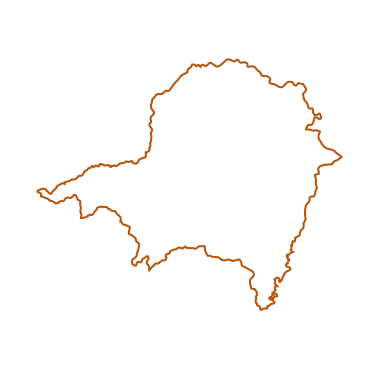 Presidente Olegário, Minas Gerais, Brazil (Albers equal-area conic projection), rotated 262°
{"feature_id": "56859067B97776867728690", "entity_name": "Presidente Olegário", "entity_type": "district", "adm_level": 2, "iso_a3": "BRA", "parent_name": "Brazil", "parent_adm1": "Minas Gerais", "projection": "albers", "projection_center": [-46.371, -18.162], "detail": "fine", "context": "isolated", "style": "outline", "palette": "amber", "viewbox_px": 384, "rotation_deg": 262, "n_neighbors": 0, "source": "geoboundaries", "source_scale": "gbopen_adm2", "svg_char_len": 6023}
<svg xmlns="http://www.w3.org/2000/svg" viewBox="0 0 384 384"><g transform="rotate(262 192 192)"><path d="M208.8,41.8L205.1,48.7L203.0,50.0L203.0,51.1L201.6,53.5L199.6,55.4L199.8,58.2L200.8,59.1L201.2,60.5L200.9,62.0L201.5,64.5L203.4,66.0L203.8,67.3L203.7,68.7L203.0,70.3L203.1,71.6L205.3,74.5L205.3,76.1L203.9,76.8L200.3,77.8L198.7,80.0L196.9,80.0L195.9,79.4L191.8,79.8L189.5,79.0L186.9,78.8L185.9,79.4L184.8,79.3L181.7,78.4L181.5,79.8L181.8,83.8L182.8,85.0L182.9,86.3L183.8,87.4L183.1,89.7L184.0,91.1L186.1,92.6L187.7,95.0L189.4,95.8L190.1,97.6L190.1,100.9L189.3,101.4L189.5,102.7L188.9,105.6L186.7,107.0L186.5,108.2L184.9,109.5L183.8,111.7L183.8,113.3L180.8,114.6L177.2,117.6L174.9,117.7L172.7,116.9L172.2,118.1L171.0,118.3L169.7,119.0L167.8,122.9L166.9,124.0L166.6,125.2L165.5,125.6L160.8,123.7L159.2,123.8L158.0,125.9L154.9,129.0L153.6,129.8L152.2,129.7L150.8,130.1L148.1,132.4L146.3,132.3L144.8,131.6L142.2,130.8L141.1,130.0L135.8,127.8L133.2,123.7L131.9,122.8L129.1,123.0L128.0,123.8L127.1,125.2L126.9,126.3L129.8,127.7L130.3,129.0L129.5,130.9L129.9,132.1L132.6,133.7L132.9,135.2L134.7,138.3L134.3,139.5L132.9,139.8L131.6,139.5L129.8,137.9L128.4,137.3L126.9,137.5L126.0,138.5L124.8,138.9L120.5,138.9L123.6,142.3L125.3,145.1L126.3,145.6L125.8,148.1L126.3,149.6L127.2,150.3L127.5,151.5L128.5,152.9L128.0,154.7L128.4,156.5L130.8,157.5L131.6,156.9L132.7,157.1L134.3,158.8L134.0,160.3L134.8,161.6L136.2,161.9L137.0,163.7L137.8,169.1L138.6,170.1L138.8,171.5L138.6,172.5L137.9,173.3L137.3,174.6L138.2,175.9L138.8,177.9L137.6,178.4L136.5,183.0L136.5,184.6L135.4,187.2L135.5,188.4L137.0,190.6L137.3,191.8L136.6,197.0L132.0,196.8L128.5,197.8L126.4,199.0L126.6,200.1L126.4,201.1L125.2,202.6L123.9,208.3L123.2,209.6L120.6,212.0L120.0,213.3L119.7,214.7L120.1,219.0L118.1,222.3L118.1,224.8L118.7,228.9L118.2,229.9L115.5,231.0L112.9,231.0L111.6,231.7L110.1,234.2L106.1,239.5L105.1,240.8L104.0,241.5L102.0,241.8L100.5,241.3L99.4,240.4L97.2,237.4L95.9,237.0L93.8,236.8L88.4,237.2L87.6,238.4L87.3,240.4L84.0,242.2L80.7,241.9L80.0,241.1L78.8,240.6L77.5,240.7L74.6,239.6L73.5,239.9L72.5,240.8L71.2,240.7L70.2,241.2L69.8,242.5L69.0,243.2L66.3,243.2L65.6,244.2L66.5,245.4L66.3,250.4L68.4,250.7L68.9,253.0L70.1,254.3L70.2,257.5L71.3,258.5L73.8,256.4L75.1,254.0L76.3,253.7L77.2,255.0L77.0,256.1L75.7,256.6L74.7,257.6L76.6,258.3L77.0,259.3L76.9,261.8L77.9,261.9L79.1,261.5L79.9,260.7L80.1,259.0L79.0,258.5L78.8,257.1L80.4,257.4L83.4,261.3L84.9,260.4L86.2,260.9L87.0,261.8L86.7,263.5L88.0,262.8L88.8,261.7L90.3,261.6L91.6,262.0L93.9,261.4L95.2,263.6L95.2,265.3L94.1,266.3L92.9,266.5L91.9,265.7L90.7,266.3L91.2,267.5L92.1,268.5L94.9,269.8L97.0,271.7L98.1,271.9L99.7,273.8L101.2,278.0L102.1,278.8L103.5,278.4L104.4,277.3L104.9,275.3L106.4,274.8L107.7,275.5L107.7,276.7L109.9,277.3L110.5,278.4L111.6,279.0L112.2,277.6L113.3,277.3L114.4,277.9L114.8,276.9L116.2,277.0L116.7,278.0L116.3,279.3L117.7,280.6L118.7,283.6L119.5,282.4L121.0,281.7L121.9,282.7L125.4,282.8L125.3,284.0L128.0,284.2L129.2,284.9L128.5,286.3L129.4,287.3L132.0,287.7L132.8,289.1L133.7,291.9L134.8,292.7L138.3,293.9L140.8,297.3L142.9,297.9L145.7,298.2L147.8,299.9L149.3,300.7L154.6,300.8L159.7,301.8L163.1,303.1L165.5,306.0L166.6,306.9L167.6,307.4L169.9,307.6L170.6,308.4L170.9,309.5L170.7,311.8L171.5,312.8L172.6,313.5L175.9,314.5L178.2,316.2L183.0,315.8L187.5,316.5L191.7,316.1L192.5,320.2L197.5,320.2L198.5,320.9L199.6,322.2L200.5,326.8L200.0,334.5L202.0,336.3L202.8,337.6L203.5,340.9L205.9,344.9L207.2,344.0L209.5,341.3L213.1,338.5L214.6,336.1L214.8,335.1L216.9,330.6L219.2,328.6L226.8,325.0L228.3,324.8L230.9,325.3L232.9,326.7L234.2,327.0L236.0,323.3L235.8,320.6L237.5,317.1L238.1,313.7L239.6,314.2L240.5,315.2L241.7,315.6L242.2,316.9L241.9,318.6L242.1,320.3L244.2,321.9L248.4,323.5L248.6,325.3L248.1,326.8L247.0,327.4L246.4,328.6L247.1,330.1L248.7,330.3L251.5,329.7L252.0,328.6L251.2,327.4L250.9,324.0L252.9,323.5L253.9,322.8L256.6,323.4L258.1,322.5L258.2,320.0L259.1,319.2L264.0,318.3L267.3,316.1L270.1,315.7L273.6,315.6L276.7,319.0L278.3,319.3L283.7,316.9L283.8,315.6L285.0,312.5L283.0,310.1L283.3,308.7L284.1,307.9L286.2,307.1L287.0,306.3L287.7,303.8L287.3,301.5L284.0,297.2L283.3,295.8L283.4,294.1L283.9,293.0L286.7,289.6L288.7,284.6L289.7,284.0L291.1,284.2L292.2,285.2L293.4,285.1L294.4,284.5L296.1,282.8L297.2,277.9L298.2,277.0L301.1,276.1L303.0,274.1L307.0,271.4L307.9,269.9L308.2,268.0L308.0,265.6L308.5,264.5L311.6,264.7L313.1,262.5L313.2,258.4L313.8,257.5L316.6,255.8L316.5,254.5L315.5,252.5L315.5,251.4L317.4,248.8L318.4,246.3L318.3,245.0L313.6,237.9L312.6,235.5L313.0,233.4L317.3,228.7L317.3,227.3L314.7,223.5L315.2,222.1L316.5,220.7L316.3,219.3L314.7,217.7L316.6,216.6L317.1,215.6L316.3,214.6L315.9,213.6L317.2,212.8L318.0,211.7L318.2,210.0L315.8,208.2L314.2,205.1L310.8,203.6L309.4,198.7L308.5,197.2L305.7,194.5L302.3,190.1L295.9,184.0L295.3,182.6L295.9,180.4L293.2,175.8L293.7,171.9L293.5,170.6L289.0,165.4L286.2,164.7L284.0,163.6L281.3,163.2L278.5,164.3L276.5,165.6L275.5,165.5L273.7,164.2L272.6,162.2L270.2,161.0L267.7,161.4L266.5,160.9L265.9,159.9L265.1,159.2L263.7,159.3L259.1,161.4L255.8,159.3L252.4,159.6L249.3,158.7L248.0,158.7L247.0,157.7L245.8,157.2L243.3,157.3L241.5,155.8L239.9,155.8L238.8,155.3L237.5,152.9L237.8,151.7L233.9,151.4L233.1,150.8L232.6,149.9L232.4,146.8L231.5,144.7L230.8,143.5L229.2,142.6L227.9,140.8L228.6,137.9L231.1,136.7L230.5,133.6L231.4,131.2L230.5,129.1L230.3,124.8L228.8,122.3L228.1,120.5L229.2,119.2L228.7,117.6L229.0,116.1L228.1,115.2L228.5,114.3L230.0,113.7L230.5,108.9L231.6,107.9L231.7,106.3L232.6,105.4L232.1,104.2L230.5,103.5L230.5,102.1L231.2,101.5L231.6,100.3L230.3,98.1L231.7,97.0L230.1,95.0L229.9,92.6L228.2,90.9L227.8,89.3L227.2,88.3L224.0,85.9L223.5,84.5L223.7,82.2L223.0,81.1L221.9,80.3L220.7,76.6L221.1,74.3L219.9,71.9L219.6,68.3L219.1,67.2L217.7,67.1L218.5,65.6L218.6,64.5L217.3,60.6L216.7,59.5L213.9,57.1L212.6,54.8L209.7,52.0L210.5,50.7L213.6,48.2L215.2,47.3L215.8,46.2L216.0,44.0L215.1,40.1L214.4,39.1L213.3,39.2L211.9,41.7L210.5,42.4L208.8,41.8Z" fill="none" stroke="#b45309" stroke-width="2"/></g></svg>